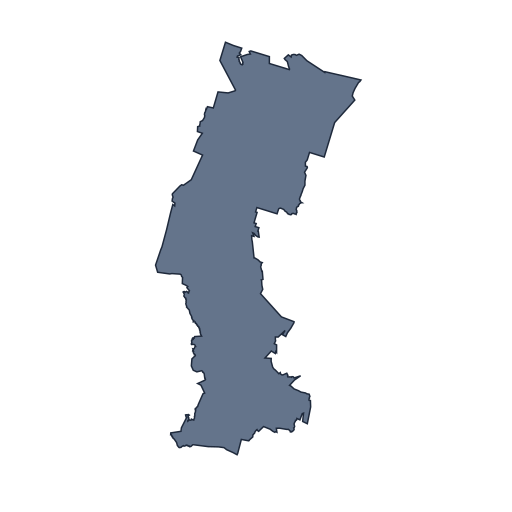 Chihuahua, Chihuahua, Mexico, rotated 17°
{"feature_id": "50627088B4018820308250", "entity_name": "Chihuahua", "entity_type": "district", "adm_level": 2, "iso_a3": "MEX", "parent_name": "Mexico", "parent_adm1": "Chihuahua", "projection": "orthographic", "projection_center": [-106.189, 28.94], "detail": "fine", "context": "isolated", "style": "filled", "palette": "slate", "viewbox_px": 512, "rotation_deg": 17, "n_neighbors": 0, "source": "geoboundaries", "source_scale": "gbopen_adm2", "svg_char_len": 6117}
<svg xmlns="http://www.w3.org/2000/svg" viewBox="0 0 512 512"><g transform="rotate(17 256 256)"><path d="M304.9,78.0L301.3,74.9L301.1,71.5L301.7,66.8L303.3,60.2L304.3,58.8L304.9,57.0L268.0,59.6L268.1,60.4L247.6,54.4L241.1,50.9L238.2,50.4L236.0,52.3L234.5,51.9L232.9,52.3L231.8,53.0L231.2,53.5L231.4,55.4L228.1,54.2L225.3,58.8L226.4,59.7L229.1,60.9L231.7,65.2L233.4,67.4L233.4,68.0L212.5,68.0L210.5,61.4L191.1,61.4L189.7,62.4L191.6,64.5L188.8,65.8L183.0,70.0L187.0,74.7L186.8,75.6L187.4,76.2L186.9,77.2L185.4,77.1L184.6,76.5L184.1,75.5L183.1,74.9L182.6,73.4L182.1,73.2L181.8,71.3L179.8,71.4L179.8,70.2L182.6,68.0L180.7,66.8L181.4,65.0L181.6,61.4L172.8,61.3L164.3,60.5L164.3,79.6L187.9,103.3L187.6,104.2L181.7,108.2L171.7,110.2L171.9,126.9L165.9,127.4L165.9,128.5L165.7,129.1L165.1,129.4L165.7,130.4L165.2,130.7L165.4,132.2L165.3,133.6L165.1,134.0L165.3,135.7L166.0,136.9L166.2,138.6L165.3,142.1L163.4,143.9L163.8,145.7L163.9,147.7L164.2,148.1L162.4,149.4L163.6,154.1L168.8,154.3L166.3,162.0L165.5,173.9L175.4,175.1L171.8,202.0L165.9,209.6L164.1,209.6L162.8,211.3L157.9,220.9L158.0,221.9L159.5,224.0L159.3,225.6L159.7,228.0L163.0,229.1L163.6,231.9L161.4,231.1L161.7,239.7L162.8,257.1L163.4,274.7L163.1,277.9L162.6,294.1L166.7,300.3L178.7,298.4L180.7,297.4L188.4,295.6L189.3,295.6L190.1,296.0L190.8,297.2L192.0,297.9L193.6,303.9L197.2,304.4L199.7,305.1L199.2,306.5L202.5,308.7L202.1,310.3L202.4,310.9L202.1,311.3L201.7,311.1L201.6,310.7L200.0,310.1L198.9,311.3L197.9,310.9L196.9,311.4L197.0,312.0L197.7,312.1L197.8,312.7L198.5,313.3L198.7,314.0L198.7,315.4L199.6,316.0L200.0,316.6L201.3,316.9L201.3,317.4L201.7,318.2L202.2,318.4L202.3,319.8L202.8,320.7L202.7,321.7L203.3,323.0L204.5,324.4L204.5,325.1L208.0,327.2L209.6,330.2L212.2,332.7L212.3,333.4L212.9,333.9L213.0,334.6L215.0,336.2L215.3,336.1L215.2,337.3L217.2,336.9L217.6,337.4L217.8,338.1L218.8,338.1L219.3,339.1L219.7,338.9L220.2,339.4L220.6,339.5L220.8,340.2L222.2,340.6L222.3,341.4L223.1,341.6L223.5,342.2L223.4,342.6L223.7,343.2L224.1,343.3L224.3,344.1L225.0,344.9L224.9,345.4L225.2,345.6L225.7,346.8L227.4,348.5L220.9,351.0L220.8,351.9L220.5,352.2L220.8,352.3L220.8,352.6L220.3,352.7L220.6,352.9L220.3,353.1L220.3,354.0L219.9,354.0L219.9,353.5L219.3,353.6L219.2,354.6L219.5,355.0L219.1,356.0L219.8,357.1L219.8,357.5L220.0,357.7L219.8,358.8L220.1,359.4L220.6,359.5L221.1,359.0L222.9,358.7L223.7,359.1L224.6,360.1L224.2,360.2L224.0,362.6L223.5,362.9L223.5,363.5L222.8,363.4L223.2,364.0L223.2,365.4L223.7,365.5L223.9,365.2L224.2,365.4L224.0,365.9L224.5,367.0L225.5,367.6L225.7,368.1L225.9,367.9L226.4,368.0L227.1,369.0L224.8,373.1L226.3,380.0L229.4,383.6L233.3,384.1L237.6,381.6L238.8,382.1L238.9,382.6L239.4,382.9L239.8,382.8L240.8,383.6L242.7,387.8L243.2,387.8L243.2,388.3L243.8,389.0L243.2,389.9L237.5,395.0L241.1,395.6L247.0,402.1L245.6,403.2L244.2,415.0L244.2,417.1L243.7,417.5L243.3,418.8L242.7,419.4L243.0,420.0L242.6,420.3L243.4,421.1L243.3,421.9L243.7,422.6L243.5,424.6L244.3,426.9L244.0,427.3L244.6,429.0L244.3,430.3L244.5,431.0L244.0,431.2L242.0,430.9L242.1,431.6L241.3,432.2L240.1,432.3L239.1,433.9L238.9,433.5L239.6,432.2L239.6,431.6L239.1,431.1L239.0,430.4L238.1,429.5L237.9,428.8L238.7,427.7L237.5,427.4L237.2,427.9L235.6,428.2L235.1,428.6L236.3,430.5L236.9,430.6L234.9,442.1L235.5,445.6L226.2,450.1L226.6,451.7L226.9,451.4L227.4,451.7L228.1,452.7L228.7,452.9L228.6,453.4L229.5,453.8L229.8,454.4L231.3,455.0L234.6,457.6L236.2,460.2L238.3,461.6L238.9,461.6L240.3,460.9L240.7,460.0L242.0,458.6L242.6,458.9L243.3,458.6L243.9,458.2L244.4,457.4L244.9,457.5L245.1,457.1L246.2,457.1L246.7,457.7L247.6,457.2L248.2,457.8L248.9,457.5L249.5,457.1L250.7,455.0L251.2,454.8L265.9,452.3L275.9,449.5L281.5,448.6L284.5,449.8L291.6,450.7L296.0,451.6L296.2,450.0L295.6,435.7L303.0,434.9L303.4,434.5L303.3,434.1L305.8,430.0L305.3,428.0L305.8,427.3L305.9,426.5L306.4,426.0L306.5,424.2L307.5,421.8L307.7,421.7L307.8,422.2L309.8,422.9L313.1,416.9L320.1,417.5L323.3,418.7L325.6,419.1L326.0,418.4L326.4,418.2L327.5,418.4L325.8,414.8L328.8,413.8L336.3,412.8L337.6,412.3L339.6,413.2L340.3,414.2L341.6,413.8L341.6,413.3L342.4,412.7L343.2,411.0L342.9,410.1L342.3,409.4L342.7,408.8L342.8,407.7L341.7,405.9L341.5,405.1L341.6,403.5L341.9,403.0L342.0,402.3L341.8,401.6L342.5,401.3L342.8,400.8L342.6,399.4L345.9,399.9L346.3,393.2L347.4,392.3L349.0,400.6L354.1,401.4L352.4,384.4L350.3,378.3L349.0,378.5L348.7,377.9L348.5,377.1L348.7,376.5L348.4,376.0L348.6,374.5L347.2,372.6L344.9,372.9L343.4,372.5L338.7,373.0L336.2,372.4L331.3,372.0L327.6,370.2L325.9,369.9L329.1,363.3L333.7,357.5L328.1,361.5L327.2,360.7L326.3,360.7L325.6,360.9L325.3,361.6L324.9,361.4L321.7,362.3L321.2,361.4L321.4,360.8L319.7,359.1L316.4,361.9L315.2,362.1L314.0,361.6L313.3,360.4L312.3,361.9L307.8,359.4L306.2,358.8L304.5,357.5L301.2,352.2L300.5,349.5L294.4,350.9L298.4,342.4L303.0,343.6L302.8,341.7L303.9,342.3L301.7,335.0L299.1,334.5L299.6,331.4L299.1,330.6L298.2,327.8L300.9,327.0L305.6,318.7L304.3,323.5L308.0,324.3L308.5,320.3L310.4,314.9L311.8,308.7L311.6,307.7L298.1,306.8L271.3,290.7L272.2,285.9L270.2,282.3L268.6,278.0L268.0,277.3L269.5,276.3L266.5,268.8L266.1,269.0L263.6,265.0L263.7,263.0L263.2,262.3L263.9,260.5L261.8,260.5L259.1,259.1L255.3,258.2L254.7,258.4L248.2,243.2L247.3,241.7L245.9,237.9L248.3,237.8L246.0,234.8L247.7,235.0L249.5,236.4L252.3,237.2L253.5,237.0L251.0,231.7L250.5,231.7L250.5,228.1L246.6,228.1L246.7,224.9L244.4,224.9L244.3,214.0L242.7,214.0L242.7,209.4L263.8,209.5L263.9,204.3L264.3,203.7L265.5,203.0L269.0,203.4L270.6,204.6L272.6,205.1L273.9,206.3L274.4,206.1L275.5,206.6L276.3,206.4L277.3,206.4L277.8,205.8L277.8,205.2L278.1,204.8L279.3,204.3L280.5,204.5L281.8,204.3L282.2,204.5L282.3,203.7L282.0,203.1L282.4,202.1L281.8,201.3L281.7,200.6L280.9,200.0L280.6,197.5L282.0,196.0L281.7,195.0L282.0,194.8L282.4,193.2L283.6,191.9L284.4,191.6L282.9,191.2L282.2,190.6L282.2,190.2L281.4,189.7L280.9,188.8L281.0,185.8L281.3,185.2L281.1,184.3L281.4,181.0L281.4,177.8L282.1,174.0L280.9,170.1L280.2,164.3L277.9,161.7L279.3,156.6L278.7,155.5L277.0,155.6L275.8,151.9L276.9,149.2L276.9,141.3L292.3,141.4L292.2,105.4L304.9,78.0Z" fill="#64748b" stroke="#1e293b" stroke-width="1.5"/></g></svg>